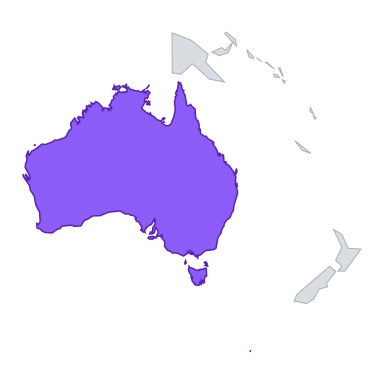 where Australia sits in Oceania
{"feature_id": "AUS", "entity_name": "Australia", "entity_type": "country or territory", "adm_level": 0, "iso_a3": "AUS", "parent_name": "Oceania", "parent_adm1": "", "projection": "robinson", "projection_center": [137.073, -32.4], "detail": "fine", "context": "in_parent", "style": "filled", "palette": "violet", "viewbox_px": 384, "rotation_deg": 0, "n_neighbors": 5, "source": "natural_earth", "source_scale": "50m", "svg_char_len": 7173}
<svg xmlns="http://www.w3.org/2000/svg" viewBox="0 0 384 384"><path d="M172.1,32.8L191.6,40.5L208.2,54.2L205.7,62.3L224.5,82.0L209.5,79.2L192.4,63.8L180.9,74.2L172.2,73.0L172.1,32.8ZM235.4,39.3L236.4,46.1L224.7,33.6L226.2,32.1L235.4,39.3ZM228.1,52.7L219.4,55.7L211.9,52.2L221.8,47.6L225.4,50.4L232.7,42.3L228.1,52.7ZM246.9,49.7L253.7,57.1L252.9,58.8L249.0,57.0L246.9,49.7Z" fill="#d9dde1" stroke="#a8b0b8" stroke-width="1"/><path d="M313.0,114.7L316.3,118.3L314.5,119.1L313.0,114.7ZM313.4,113.8L310.1,111.6L310.2,106.9L313.4,113.8Z" fill="#d9dde1" stroke="#a8b0b8" stroke-width="1"/><path d="M294.9,140.7L310.8,153.4L302.2,150.4L294.9,140.7Z" fill="#d9dde1" stroke="#a8b0b8" stroke-width="1"/><path d="M285.4,81.1L284.1,83.4L282.2,79.7L285.4,81.1ZM280.2,68.0L283.3,77.1L278.3,68.0L280.2,68.0ZM279.7,77.6L274.2,77.1L273.5,73.7L277.0,74.7L279.7,77.6ZM266.3,61.9L274.7,69.4L265.5,62.5L266.3,61.9ZM259.7,60.0L261.9,62.0L256.5,57.4L259.7,60.0Z" fill="#d9dde1" stroke="#a8b0b8" stroke-width="1"/><path d="M361.0,249.1L344.8,271.1L338.0,271.1L341.8,266.1L335.6,260.3L341.9,247.2L333.6,229.6L341.8,234.2L348.1,248.3L361.0,249.1ZM296.9,294.4L329.6,266.3L335.9,271.5L326.3,283.8L327.6,286.8L319.3,289.1L313.5,299.2L306.6,303.6L294.1,301.1L296.9,294.4Z" fill="#d9dde1" stroke="#a8b0b8" stroke-width="1"/><path d="M183.8,90.4L183.4,92.6L184.9,94.7L186.8,105.2L187.9,105.9L190.7,104.5L191.6,106.1L195.0,108.9L195.7,117.9L197.4,120.8L198.2,121.0L199.3,125.5L198.8,129.4L200.4,131.1L200.6,133.7L204.6,136.3L206.1,136.2L207.8,138.6L213.2,141.8L213.9,143.0L212.8,143.6L216.8,149.8L218.0,155.1L218.6,154.8L219.4,155.8L219.7,153.4L222.4,155.8L222.9,154.7L223.6,155.9L223.9,161.4L225.5,163.4L229.1,165.5L234.6,173.5L234.6,175.1L235.8,176.8L235.3,184.4L237.4,190.9L237.5,193.5L234.0,205.2L233.3,210.6L231.1,214.3L230.5,216.8L228.8,218.7L227.0,219.6L224.1,223.8L224.0,225.9L221.7,229.5L221.2,232.6L217.9,237.7L216.0,248.1L213.6,249.6L205.5,250.6L200.1,255.1L196.9,255.5L197.5,256.5L198.1,256.1L197.7,258.0L196.6,256.3L195.4,256.5L194.8,255.1L192.8,254.3L193.5,253.4L193.2,252.5L192.3,252.4L190.6,254.1L189.4,253.1L190.4,253.1L191.5,251.5L190.3,250.4L187.8,251.8L189.1,252.3L183.4,256.0L177.9,253.4L174.3,252.7L172.7,253.2L170.7,251.5L167.5,250.3L164.5,246.3L164.9,242.8L164.3,241.0L160.4,236.1L162.1,236.3L162.0,234.9L158.1,236.5L156.4,236.3L158.1,232.7L158.0,231.1L156.0,227.4L153.9,233.4L149.7,234.0L150.4,232.0L152.4,232.0L152.9,227.4L155.2,223.8L154.7,221.5L155.5,220.8L154.4,217.6L154.4,219.1L151.6,224.1L147.4,226.6L144.6,230.5L145.1,232.4L144.1,231.7L143.4,232.2L140.7,230.0L141.2,229.4L142.4,230.0L141.2,226.1L138.6,221.8L136.4,221.2L135.3,218.7L136.0,218.6L136.0,217.4L133.0,215.3L130.7,215.2L128.3,213.8L125.5,214.1L119.9,210.9L108.5,212.2L100.1,215.7L92.9,215.9L87.0,219.5L84.4,220.3L80.8,225.9L73.8,226.3L73.3,225.6L69.9,225.3L62.0,226.2L60.0,228.7L57.2,229.3L52.1,232.9L45.2,232.5L42.4,231.3L40.1,229.0L37.1,228.0L36.7,223.4L38.7,224.2L40.2,221.4L39.6,212.2L35.9,205.2L34.3,196.4L30.3,189.9L29.4,185.4L24.5,178.2L25.3,178.6L25.4,177.5L26.7,180.5L28.1,180.1L28.1,179.1L25.5,175.3L25.7,174.6L27.2,176.0L27.3,177.9L28.0,177.1L28.8,179.0L29.4,179.5L30.0,178.8L29.8,176.1L25.2,167.4L25.5,163.9L26.8,161.1L26.9,158.0L26.2,156.3L27.8,151.7L28.4,151.3L28.6,155.4L29.8,154.5L31.5,151.3L35.4,149.3L41.9,144.1L45.6,144.5L52.8,141.7L54.6,140.0L57.2,140.3L64.7,137.6L66.4,135.9L69.0,130.7L71.7,128.4L70.6,124.9L71.1,122.4L74.8,118.1L78.2,124.8L78.3,121.7L79.6,122.3L79.8,121.1L77.7,118.4L78.4,118.0L78.2,116.8L78.9,116.6L79.6,117.7L80.6,117.0L84.5,117.9L82.5,117.2L83.8,114.6L83.0,115.2L82.4,113.9L82.6,112.3L83.3,112.3L84.0,110.9L86.0,112.0L86.0,111.1L85.2,111.1L84.8,110.2L85.8,109.2L87.5,110.0L86.6,107.5L88.7,106.0L89.0,104.6L89.2,106.3L90.0,106.0L90.4,106.9L91.1,106.1L91.2,102.9L92.4,104.1L93.1,103.2L94.0,104.0L95.8,101.5L98.8,103.3L102.9,107.7L102.2,111.3L102.7,110.6L103.2,111.1L102.7,109.5L104.9,107.8L107.5,108.5L108.4,110.2L108.6,108.4L110.6,110.1L110.6,108.3L111.8,108.2L110.4,107.0L110.9,106.5L109.2,105.5L111.0,102.9L111.7,100.4L113.9,98.8L113.4,96.6L114.6,95.0L115.8,94.7L115.8,93.4L117.2,94.2L117.2,93.0L119.4,91.1L120.2,92.4L124.7,91.9L125.5,92.5L126.0,91.6L127.1,91.5L126.9,88.6L122.3,86.4L123.0,85.7L124.1,86.5L125.1,85.9L127.0,87.7L128.5,87.1L129.7,88.9L136.4,91.1L138.0,90.6L139.7,91.9L140.7,92.1L144.5,89.7L143.3,92.0L145.0,91.9L145.4,93.3L146.3,93.4L146.4,91.5L147.8,90.5L150.0,92.9L147.8,95.6L148.1,96.9L147.4,98.3L146.5,97.7L144.5,98.8L144.7,102.7L141.7,107.7L142.0,108.7L146.5,112.7L148.7,113.4L149.2,114.7L150.3,114.6L154.1,116.8L157.0,119.8L161.1,120.9L162.4,123.6L166.6,125.9L169.2,125.4L170.9,124.1L174.1,115.8L175.3,109.6L174.5,101.8L175.4,98.5L175.3,96.5L177.0,95.3L175.6,93.8L175.7,92.9L176.7,90.6L177.2,91.1L178.3,84.2L179.9,82.8L180.7,83.0L180.4,83.8L181.6,85.3L182.1,89.6L183.8,90.4ZM189.0,267.4L191.8,268.0L196.8,270.4L198.9,269.8L199.5,270.4L200.2,269.3L202.5,269.4L205.2,268.0L206.4,268.5L206.6,276.8L206.0,275.3L205.0,277.1L204.3,279.5L204.5,282.5L203.5,282.9L202.9,281.7L203.7,281.1L202.6,280.6L202.0,281.8L201.3,280.3L200.9,282.9L199.7,282.5L200.0,283.2L198.9,285.3L194.9,284.9L194.7,283.9L195.7,283.5L194.1,283.3L192.3,281.1L191.0,276.9L192.3,278.5L192.6,277.6L191.7,276.4L191.2,276.7L191.3,275.6L189.0,271.8L188.5,269.3L189.0,267.4ZM115.8,86.9L119.3,85.7L120.8,87.3L117.6,90.3L115.2,88.4L114.5,85.7L115.8,86.9ZM153.4,237.1L155.1,237.0L156.1,237.8L153.8,238.1L152.6,239.2L149.1,238.9L148.0,238.0L148.5,237.1L152.1,236.2L153.3,236.4L153.4,237.1ZM148.8,101.8L149.7,101.7L149.0,103.5L150.1,104.2L149.8,104.9L146.7,104.4L147.2,102.2L148.5,101.1L148.8,101.8ZM235.4,175.5L234.9,174.3L235.3,172.1L236.3,170.9L235.9,169.7L236.5,169.2L237.0,171.3L235.4,175.5ZM205.6,261.8L207.1,263.2L207.1,264.3L206.0,264.9L204.4,262.5L205.6,261.8ZM114.0,86.6L115.7,89.6L112.7,89.4L114.0,86.6ZM185.1,264.0L184.7,262.7L185.6,260.7L186.2,263.0L185.1,264.0ZM164.8,118.6L163.4,119.5L161.9,120.0L162.7,118.3L164.3,117.8L164.8,118.6ZM24.5,177.4L23.2,175.7L23.0,174.2L24.5,177.4ZM207.1,265.1L207.8,265.9L207.4,266.2L205.5,265.6L207.1,265.1ZM224.9,161.8L226.0,161.8L226.0,163.3L224.9,161.8ZM200.1,129.1L200.4,130.2L200.2,130.7L199.1,129.3L200.1,129.1ZM201.1,283.3L201.1,284.6L200.1,284.2L201.1,283.3ZM237.4,185.9L236.9,187.6L236.9,185.7L237.4,185.9ZM126.5,86.4L125.9,84.8L126.4,84.4L126.7,85.6L126.5,86.4ZM148.9,85.8L147.8,87.3L149.1,84.6L148.9,85.8ZM236.9,185.2L236.6,184.1L237.0,183.4L237.1,183.5L236.9,185.2ZM150.8,114.0L150.0,113.6L150.4,112.9L150.7,113.3L150.8,114.0ZM146.4,101.8L145.6,101.9L146.1,101.0L146.4,101.8ZM35.1,144.2L34.9,145.4L34.5,145.3L35.1,144.2ZM178.9,82.7L178.4,83.1L178.1,82.3L178.5,82.0L178.9,82.7ZM193.3,253.2L192.5,253.6L192.2,253.4L192.3,252.9L193.3,253.2ZM250.5,350.8L249.9,351.9L250.7,350.2L250.5,350.8ZM147.5,87.7L145.9,88.7L147.5,87.4L147.5,87.7ZM86.7,106.0L86.1,106.7L86.4,105.9L86.7,106.0ZM201.8,283.0L201.1,282.6L201.4,282.1L201.7,282.3L201.8,283.0ZM164.1,122.1L163.3,122.1L163.7,121.5L164.1,122.1ZM83.5,111.4L83.1,111.8L83.1,110.9L83.5,111.4ZM191.9,253.8L192.6,254.4L191.4,254.2L191.9,253.8ZM219.2,153.3L218.9,153.3L219.1,152.7L219.2,153.3ZM189.3,266.4L189.1,266.9L189.0,266.2L189.3,266.4Z" fill="#8b5cf6" stroke="#5b21b6" stroke-width="1.5"/></svg>